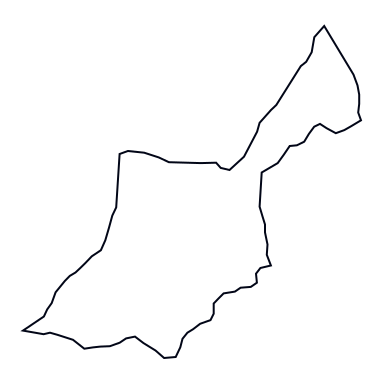 outline of Tenório, Paraíba, Brazil
{"feature_id": "56859067B37048912753214", "entity_name": "Tenório", "entity_type": "district", "adm_level": 2, "iso_a3": "BRA", "parent_name": "Brazil", "parent_adm1": "Paraíba", "projection": "orthographic", "projection_center": [-36.622, -6.947], "detail": "fine", "context": "isolated", "style": "outline", "palette": "ink", "viewbox_px": 384, "rotation_deg": 0, "n_neighbors": 0, "source": "geoboundaries", "source_scale": "gbopen_adm2", "svg_char_len": 1218}
<svg xmlns="http://www.w3.org/2000/svg" viewBox="0 0 384 384"><path d="M127.9,151.0L119.6,154.0L116.2,207.4L112.3,215.6L109.0,227.7L105.3,240.3L100.9,250.2L91.8,256.3L85.3,263.1L80.3,268.0L75.5,272.5L69.8,275.9L64.9,280.9L55.6,292.3L51.7,303.1L47.2,309.4L43.9,316.5L23.0,330.6L43.6,334.2L50.0,332.7L57.4,334.8L73.0,339.8L84.3,348.7L92.9,347.4L100.3,346.6L109.9,346.2L119.7,342.7L126.1,338.4L135.0,336.6L143.5,343.1L155.5,350.5L164.1,358.0L175.7,357.0L180.3,347.3L182.5,338.8L187.4,332.7L193.1,329.2L200.1,323.8L210.5,320.1L213.7,313.7L213.7,303.5L218.5,298.5L223.6,293.4L234.9,291.6L240.6,287.7L250.8,286.9L256.9,282.7L256.0,273.7L260.4,268.0L270.9,265.5L266.8,254.8L267.5,244.5L265.0,232.4L265.0,224.5L262.5,216.4L259.6,206.7L261.7,172.5L277.7,163.1L283.8,154.7L289.7,146.0L296.9,145.3L304.2,141.7L308.9,133.9L314.2,126.7L320.0,123.9L326.6,128.2L335.8,133.2L344.3,130.1L351.0,126.3L361.0,120.3L358.2,112.5L359.2,103.9L359.2,94.6L357.5,85.4L353.5,74.6L324.2,26.0L314.3,37.2L311.7,52.2L306.2,61.8L300.8,66.1L276.3,105.0L271.1,109.9L259.6,122.8L257.1,131.7L244.0,156.7L229.5,170.0L220.7,167.9L216.1,162.7L200.8,163.1L168.9,162.2L158.7,157.4L144.2,152.7L127.9,151.0Z" fill="none" stroke="#020617" stroke-width="2"/></svg>